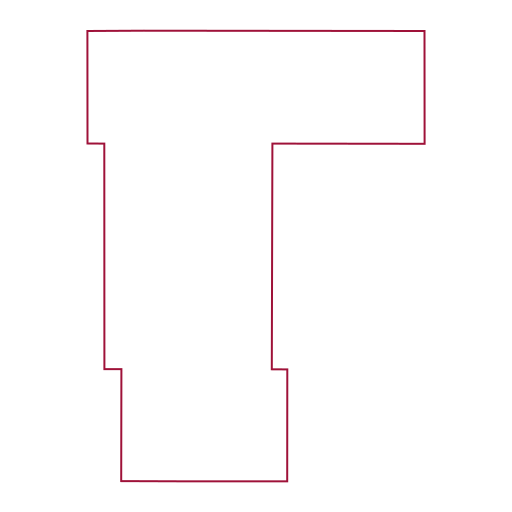 Pierce, North Dakota, United States of America
{"feature_id": "52423323B9617880676259", "entity_name": "Pierce", "entity_type": "district", "adm_level": 2, "iso_a3": "USA", "parent_name": "United States of America", "parent_adm1": "North Dakota", "projection": "mercator", "projection_center": [-99.984, 48.196], "detail": "fine", "context": "isolated", "style": "outline", "palette": "rose", "viewbox_px": 512, "rotation_deg": 0, "n_neighbors": 0, "source": "geoboundaries", "source_scale": "gbopen_adm2", "svg_char_len": 302}
<svg xmlns="http://www.w3.org/2000/svg" viewBox="0 0 512 512"><path d="M287.2,481.3L287.3,369.4L271.8,369.3L272.4,143.6L424.6,143.8L424.5,31.0L143.7,30.7L87.4,31.0L87.5,143.5L104.3,143.6L104.4,369.1L121.4,369.1L121.2,481.1L176.6,481.3L287.2,481.3Z" fill="none" stroke="#9f1239" stroke-width="2"/></svg>